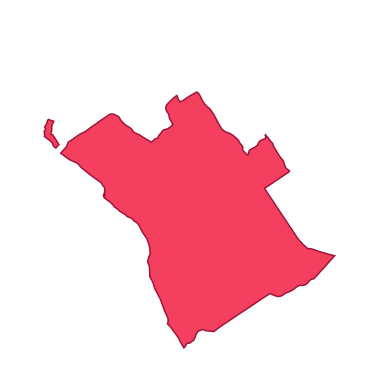 map outline of Angola (Equal Earth projection), rotated 326°
{"feature_id": "AGO", "entity_name": "Angola", "entity_type": "country or territory", "adm_level": 0, "iso_a3": "AGO", "parent_name": "Africa", "parent_adm1": "", "projection": "equal_earth", "projection_center": [17.424, -11.224], "detail": "fine", "context": "isolated", "style": "filled", "palette": "rose", "viewbox_px": 384, "rotation_deg": 326, "n_neighbors": 0, "source": "natural_earth", "source_scale": "50m", "svg_char_len": 4141}
<svg xmlns="http://www.w3.org/2000/svg" viewBox="0 0 384 384"><g transform="rotate(326 192 192)"><path d="M284.9,185.6L285.2,188.3L285.5,192.1L285.7,194.8L286.0,196.0L286.1,196.6L285.8,197.3L285.5,198.9L285.1,200.4L284.9,201.4L285.0,203.2L284.9,205.9L284.7,208.7L284.6,211.3L285.1,216.1L285.0,217.6L284.3,220.1L283.7,222.0L283.4,224.2L283.3,225.4L284.6,228.6L284.5,229.3L283.5,229.5L282.6,229.6L279.5,229.6L274.9,229.6L270.4,229.6L265.8,229.6L261.6,229.6L257.6,229.6L254.1,229.6L254.1,232.8L254.0,239.4L254.0,246.0L253.9,252.6L253.9,259.2L253.9,265.8L253.8,272.3L253.8,278.9L253.7,285.5L253.7,290.2L254.5,296.5L256.2,303.4L256.8,304.0L258.5,305.2L260.8,307.8L262.1,309.8L264.7,313.1L268.3,317.4L271.6,321.3L274.6,324.6L269.9,325.8L263.1,327.5L258.6,328.7L253.0,330.0L249.4,330.9L244.8,332.0L244.1,332.0L242.8,331.2L240.2,331.1L237.1,332.1L234.6,332.4L232.8,331.9L231.0,331.0L229.3,329.7L226.3,329.2L222.0,329.5L217.9,329.3L213.9,328.4L211.1,328.1L209.4,328.3L207.5,328.0L205.6,327.2L203.9,325.9L202.0,323.2L200.4,320.6L200.0,320.2L199.6,319.8L199.1,319.7L194.7,319.7L190.6,319.6L188.2,319.6L182.4,319.6L176.6,319.6L170.8,319.6L165.0,319.5L159.2,319.5L153.4,319.5L147.6,319.5L141.8,319.5L138.7,319.5L135.8,319.7L132.7,319.9L132.2,319.8L131.4,319.5L130.9,318.9L129.2,317.5L127.7,316.3L125.7,314.5L124.4,312.4L123.3,311.7L121.3,311.4L119.9,311.0L118.7,310.9L116.6,311.9L115.0,312.9L113.9,313.8L112.0,314.9L110.3,315.9L107.5,315.8L106.8,315.9L105.3,315.9L103.7,314.9L102.2,315.0L100.5,316.2L98.1,316.7L98.6,309.0L99.2,305.5L99.1,301.5L98.7,290.9L98.2,289.4L97.9,287.7L99.4,286.4L100.2,285.4L101.2,283.7L101.9,281.2L102.7,275.8L105.8,263.2L107.2,250.9L109.1,245.1L109.7,238.6L115.0,230.1L116.3,224.9L119.0,222.4L122.9,219.6L125.6,214.8L127.0,211.5L128.5,205.0L128.4,198.3L129.4,189.4L129.1,186.8L127.7,183.2L127.4,180.6L126.0,178.1L124.6,176.2L123.9,172.9L121.3,167.5L120.6,163.9L119.4,161.4L119.2,158.2L118.6,154.9L117.3,151.6L116.1,147.8L116.1,146.6L116.8,145.2L117.5,144.7L117.3,145.4L116.8,146.3L117.0,146.9L121.6,140.3L121.9,139.0L121.8,137.5L121.7,135.8L121.9,133.7L117.4,121.4L113.9,110.0L113.2,104.3L108.5,96.7L106.7,91.8L105.6,88.3L104.8,87.0L105.1,86.3L106.3,86.1L109.0,85.3L112.7,84.5L116.0,82.5L116.9,81.6L118.7,81.4L120.6,81.9L121.2,81.5L121.6,81.5L125.9,81.5L127.7,81.4L131.0,81.4L133.1,81.6L134.3,81.8L137.5,82.2L141.5,82.1L143.0,81.9L148.2,81.8L153.4,81.7L158.1,81.6L163.2,81.6L167.2,81.6L169.0,82.3L170.6,83.7L171.3,84.9L171.7,85.5L172.2,86.8L173.1,87.8L173.4,89.4L173.1,91.6L173.3,94.2L173.8,97.3L174.9,100.5L176.5,103.8L177.2,106.5L177.0,108.5L177.5,110.6L178.8,112.8L179.7,113.9L180.2,114.8L181.6,118.2L184.1,123.6L186.1,127.6L186.7,128.1L187.7,127.9L189.8,127.5L191.9,127.4L193.3,128.2L193.9,128.1L196.2,126.5L198.4,126.0L200.7,125.4L201.9,124.7L203.3,124.7L207.1,126.0L207.8,126.0L210.9,126.0L213.9,125.3L214.4,119.9L214.4,118.8L215.1,116.8L216.1,115.0L216.2,113.3L216.1,111.0L216.8,108.2L218.9,106.0L222.2,104.9L224.1,104.7L227.1,104.1L231.6,103.5L233.2,103.5L233.4,103.9L232.4,107.7L232.4,109.0L232.7,110.3L233.5,111.0L238.2,111.1L242.5,111.1L247.5,111.4L251.2,111.6L251.6,111.8L252.0,112.0L252.6,114.0L252.4,117.7L251.6,123.2L251.9,128.3L253.3,133.1L253.4,140.4L252.9,144.8L252.2,150.3L251.9,156.5L252.6,159.1L254.0,161.8L256.2,164.7L257.8,168.4L259.0,172.9L259.4,175.7L259.1,176.9L259.1,178.9L259.4,181.8L259.0,183.8L257.8,184.7L257.4,186.0L258.0,188.5L258.1,190.8L258.6,191.6L258.9,192.2L259.5,192.3L260.7,191.5L262.1,190.0L263.3,189.4L264.9,189.5L267.2,189.9L271.2,190.0L272.4,189.8L276.2,187.7L277.2,187.6L278.6,187.8L280.7,188.4L282.8,188.5L283.9,187.9L284.0,187.1L284.3,186.0L284.9,185.6ZM117.0,55.9L116.7,56.3L115.0,57.2L113.2,58.1L110.8,61.6L109.6,63.1L109.2,63.5L108.1,64.3L107.4,65.0L107.4,65.4L107.9,65.9L108.5,66.7L108.4,72.4L108.2,78.1L107.9,78.5L106.4,78.7L104.4,79.1L103.7,79.4L103.5,78.8L102.8,76.7L103.2,74.8L103.6,73.3L103.1,70.3L102.1,67.7L101.0,64.3L100.6,63.6L101.6,62.6L102.9,60.2L103.5,58.9L105.1,58.7L105.7,57.8L106.1,56.4L106.3,55.6L108.1,54.9L110.3,53.8L111.5,52.5L112.7,51.7L113.5,51.6L114.0,52.0L115.4,54.2L116.6,55.6L117.0,55.9Z" fill="#f43f5e" stroke="#9f1239" stroke-width="1.5"/></g></svg>